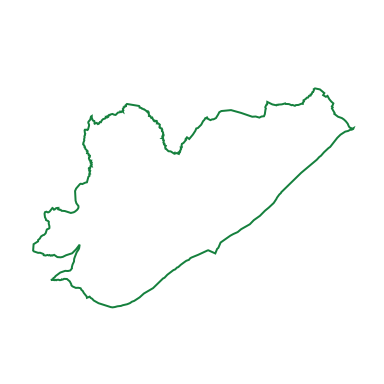 Kaeng Khro, Chaiyaphum, Thailand (Natural Earth projection), rotated 15°
{"feature_id": "78962969B55308089725045", "entity_name": "Kaeng Khro", "entity_type": "district", "adm_level": 2, "iso_a3": "THA", "parent_name": "Thailand", "parent_adm1": "Chaiyaphum", "projection": "natural_earth1", "projection_center": [102.171, 16.134], "detail": "fine", "context": "isolated", "style": "outline", "palette": "green", "viewbox_px": 384, "rotation_deg": 15, "n_neighbors": 0, "source": "geoboundaries", "source_scale": "gbopen_adm2", "svg_char_len": 5882}
<svg xmlns="http://www.w3.org/2000/svg" viewBox="0 0 384 384"><g transform="rotate(15 192 192)"><path d="M284.0,60.1L283.0,61.2L283.4,61.9L283.1,64.1L282.5,64.3L282.2,66.5L281.4,67.1L281.7,67.6L281.6,68.2L280.2,68.8L279.6,70.8L278.5,71.2L277.7,72.8L276.0,74.6L276.7,75.6L276.0,76.7L276.2,78.2L275.0,78.3L272.4,80.3L269.8,81.2L269.1,82.1L266.6,81.9L265.7,82.4L262.9,82.0L259.6,82.7L259.1,82.3L256.1,84.1L252.6,85.3L252.5,85.6L251.5,85.8L251.2,86.4L246.9,86.6L241.4,85.5L241.9,88.0L241.3,88.3L240.8,91.1L241.8,92.4L241.6,93.1L242.2,98.0L241.9,100.2L239.6,101.1L237.8,102.7L234.0,102.6L230.7,103.7L219.0,102.9L208.5,102.8L199.4,106.2L197.7,107.9L197.2,110.4L196.0,114.4L194.0,116.2L192.7,116.6L191.2,117.8L188.4,117.2L187.2,116.1L186.5,117.3L185.8,117.2L185.1,119.5L184.4,120.6L183.5,124.6L181.1,128.7L179.7,129.5L179.4,132.0L178.0,136.3L175.6,141.5L173.0,140.5L172.1,142.6L172.8,143.1L172.6,143.5L171.1,146.8L169.8,148.1L169.9,149.9L170.2,150.8L170.6,151.1L170.5,151.5L169.9,151.7L170.2,152.0L169.8,152.4L170.3,153.5L170.0,153.9L170.1,155.2L169.7,155.5L170.0,156.6L169.8,156.7L169.7,157.4L169.0,156.9L168.6,157.3L169.0,158.6L167.0,158.4L165.6,159.3L165.2,158.7L164.7,159.5L160.9,158.3L158.7,158.7L155.7,157.0L155.3,157.1L154.6,156.1L154.7,154.6L154.3,154.8L153.2,153.0L152.9,153.4L152.5,153.1L152.0,151.8L151.6,151.6L151.5,149.5L150.7,149.4L150.4,148.1L149.7,147.6L149.2,147.7L149.8,146.9L149.3,146.2L149.6,145.6L149.0,145.6L149.2,144.5L149.7,144.5L149.6,143.8L149.0,143.4L148.8,142.3L148.2,141.5L147.3,141.1L147.0,140.3L147.3,139.8L146.4,138.5L145.4,138.6L144.8,138.0L144.3,138.3L143.8,137.9L143.5,135.3L142.3,134.7L141.0,134.8L141.2,134.5L140.4,134.2L140.5,133.8L139.9,133.4L139.5,132.5L138.3,132.7L138.0,133.3L137.7,133.1L137.1,133.3L136.7,133.1L136.6,132.5L135.7,132.2L134.3,130.4L133.5,131.0L132.2,129.6L131.4,129.7L131.5,129.5L130.9,129.3L131.0,129.0L130.3,128.4L129.8,126.9L129.6,127.1L128.4,126.4L129.0,126.1L128.7,125.5L127.7,125.5L127.6,125.8L124.3,124.5L123.8,124.7L122.7,124.3L122.3,124.5L121.4,124.0L119.5,124.0L119.2,123.0L118.6,122.6L106.4,123.8L105.8,124.7L105.9,125.6L105.6,125.7L105.8,126.1L105.4,126.2L105.3,126.6L104.6,127.0L104.7,127.5L104.1,127.9L104.3,128.3L103.7,129.7L104.6,130.9L104.4,131.5L104.1,131.2L103.9,131.5L104.5,132.4L103.7,132.1L102.9,133.1L101.9,132.9L101.9,133.5L99.9,134.5L98.3,137.3L96.8,137.5L95.0,137.2L93.5,138.0L92.5,139.2L92.0,139.0L91.5,139.7L91.7,140.0L90.9,140.7L91.1,141.0L90.5,141.0L90.6,141.8L89.4,141.8L89.7,142.5L89.1,142.9L89.0,143.5L87.2,144.7L86.3,146.3L86.0,148.1L84.9,148.3L84.6,149.5L84.3,149.6L84.2,150.3L83.5,150.8L82.1,149.9L80.3,151.2L79.9,150.7L80.0,150.1L79.2,148.7L78.1,148.7L77.4,148.2L75.9,146.1L75.5,144.6L74.9,145.3L75.0,148.3L73.8,151.0L73.9,152.0L75.1,153.5L75.4,154.6L75.4,158.5L74.9,159.2L74.0,159.1L72.4,159.6L72.3,160.2L73.3,162.8L73.8,163.3L73.7,164.3L73.9,164.7L73.6,166.0L74.1,167.1L74.1,169.0L74.6,169.9L74.3,173.1L74.7,173.6L74.6,174.2L76.1,175.2L76.6,176.5L77.0,176.4L77.8,177.9L80.2,179.3L80.0,179.8L80.7,180.1L80.6,181.7L82.0,181.8L82.3,182.1L82.7,183.1L83.0,182.9L84.0,183.3L84.2,184.6L83.6,185.2L83.7,186.2L84.7,187.6L85.3,187.7L85.5,188.4L86.2,188.6L86.6,188.2L86.8,189.2L87.6,189.6L87.5,190.5L87.0,190.6L88.1,191.6L87.8,192.3L88.3,193.0L87.3,192.9L87.4,195.1L86.4,195.4L86.2,195.8L86.4,196.1L87.2,196.1L87.6,197.2L87.5,197.7L88.2,197.9L88.2,198.6L87.6,198.5L88.2,199.4L88.1,200.4L88.8,200.9L88.2,201.6L88.8,202.9L88.0,204.1L88.0,209.8L86.5,210.6L84.0,212.7L82.4,212.8L81.7,213.4L79.2,218.6L78.8,221.3L81.8,230.5L83.3,232.9L85.9,234.9L86.3,236.1L86.3,237.3L85.6,239.0L84.2,241.0L83.0,242.2L80.4,243.6L74.0,243.3L70.9,243.9L69.7,243.2L68.7,243.5L67.9,243.3L67.4,242.4L67.0,243.2L66.7,243.0L66.6,242.2L66.0,242.2L64.8,242.9L63.8,244.5L63.2,244.8L62.2,243.9L61.3,243.6L59.6,247.6L58.9,248.5L58.2,249.0L56.4,248.7L55.2,249.6L55.2,251.2L56.5,254.4L57.7,255.7L58.3,256.9L60.6,257.3L61.4,257.8L61.8,259.7L63.1,261.9L63.6,263.7L63.4,264.2L61.5,265.8L61.3,269.8L60.2,271.7L59.1,272.4L57.7,274.0L57.0,276.5L55.8,278.2L56.1,279.5L52.5,283.4L53.7,289.7L54.7,290.3L59.1,290.6L61.0,290.0L64.2,290.3L64.8,290.6L65.1,291.4L66.9,291.3L68.8,290.2L70.2,290.3L70.8,289.7L72.2,290.1L73.1,289.3L73.7,289.5L75.1,288.4L78.8,289.7L82.0,289.1L84.0,288.1L86.7,285.7L92.1,282.2L94.9,277.3L97.1,271.9L97.5,275.3L97.3,276.9L96.2,280.1L95.6,285.5L95.5,287.2L96.0,289.7L95.4,293.0L95.4,295.7L95.8,296.7L95.2,298.3L94.6,299.4L92.7,300.4L89.9,301.0L85.6,303.9L82.0,308.5L81.3,310.2L80.5,310.9L80.1,312.2L78.5,313.6L80.4,312.9L81.9,312.8L82.5,312.3L83.6,312.4L84.2,311.8L85.8,311.3L87.1,311.4L88.3,310.9L88.8,310.1L89.4,310.2L90.0,309.9L90.9,309.0L93.7,308.4L97.1,310.0L99.2,312.3L99.7,313.4L101.0,314.1L104.5,314.7L107.1,313.9L109.3,313.8L110.6,315.2L112.1,315.9L113.6,317.5L117.3,320.2L117.9,321.4L120.2,319.6L121.5,320.5L123.3,321.0L125.1,322.2L130.5,323.6L143.3,324.2L145.1,324.0L147.2,323.1L149.6,321.7L152.9,320.4L154.4,319.3L158.4,317.2L160.8,315.4L162.4,313.5L164.3,312.2L168.7,307.3L171.8,302.5L179.3,294.9L186.4,283.0L187.6,282.0L189.6,278.3L194.3,272.2L195.7,271.2L197.2,268.7L198.1,268.2L200.0,265.2L202.8,261.7L204.3,259.9L206.6,258.3L207.4,256.5L208.5,255.4L214.3,251.0L222.2,244.4L222.9,244.1L230.4,245.3L231.0,240.5L231.9,239.1L232.7,233.4L240.3,224.3L242.8,221.9L246.5,218.9L249.1,215.2L256.2,208.2L259.0,203.2L263.8,197.4L267.4,191.1L270.2,187.2L273.8,181.4L275.3,176.9L275.6,175.4L277.0,171.8L278.1,170.1L278.3,169.1L292.5,145.2L304.2,128.5L305.9,125.2L307.2,123.6L309.2,119.5L312.5,114.2L313.8,112.7L318.3,102.1L320.6,98.2L324.4,94.0L326.9,92.7L328.8,90.9L330.1,90.5L331.4,89.4L331.5,88.5L330.9,89.1L329.8,89.2L327.6,88.9L326.5,88.0L324.7,85.7L322.3,83.9L319.9,82.6L317.6,81.8L313.6,81.5L309.2,79.7L309.4,78.9L305.5,75.0L306.0,73.9L304.9,73.1L305.4,72.0L305.6,69.8L303.3,68.7L300.6,66.8L298.0,64.1L296.7,65.4L293.6,64.5L294.2,62.2L289.0,59.8L284.0,60.1Z" fill="none" stroke="#15803d" stroke-width="2"/></g></svg>